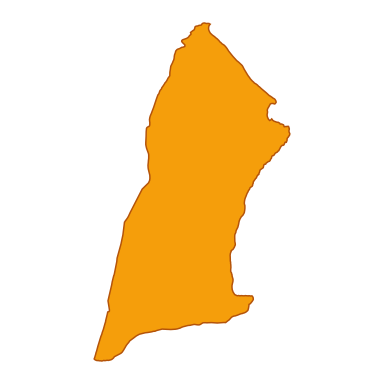 Forto, Gash Barka, Eritrea (Equal Earth projection)
{"feature_id": "51966322B10188364788737", "entity_name": "Forto", "entity_type": "district", "adm_level": 2, "iso_a3": "ERI", "parent_name": "Eritrea", "parent_adm1": "Gash Barka", "projection": "equal_earth", "projection_center": [37.054, 15.822], "detail": "fine", "context": "isolated", "style": "filled", "palette": "amber", "viewbox_px": 384, "rotation_deg": 0, "n_neighbors": 0, "source": "geoboundaries", "source_scale": "gbopen_adm2", "svg_char_len": 5967}
<svg xmlns="http://www.w3.org/2000/svg" viewBox="0 0 384 384"><path d="M288.5,126.4L287.8,126.3L286.8,126.6L286.2,126.4L284.8,126.7L284.2,126.7L283.6,125.0L283.4,124.8L281.6,124.0L280.5,124.1L280.3,124.0L279.9,123.7L279.8,123.3L279.7,123.1L278.8,122.7L278.0,122.2L277.1,122.3L273.9,121.1L272.6,120.2L272.3,119.6L271.7,118.9L270.7,120.0L269.7,120.5L268.4,119.2L267.5,117.1L267.2,116.0L267.1,114.6L267.5,112.6L267.5,111.4L267.3,110.6L267.3,110.0L267.7,108.6L268.8,106.8L270.3,104.0L271.1,103.6L273.1,103.4L274.1,103.9L274.9,103.9L275.6,103.1L276.1,102.4L276.1,101.8L275.7,100.5L275.4,100.1L275.0,99.4L274.3,98.8L272.9,98.0L272.2,97.4L271.4,96.9L270.5,96.2L269.3,95.6L266.3,92.8L261.4,88.7L259.4,86.8L258.7,86.4L257.4,85.0L255.8,83.8L254.4,83.1L253.8,82.3L252.4,81.1L250.2,78.7L249.7,77.8L248.0,75.6L244.8,70.3L244.0,68.9L242.9,66.7L242.3,65.7L241.5,64.8L240.7,64.1L238.7,62.2L236.7,60.6L232.8,56.3L228.8,51.3L226.9,48.3L226.4,47.7L225.5,46.5L224.1,45.1L222.0,43.8L220.8,42.5L220.4,42.3L219.7,41.6L218.7,40.3L218.2,39.9L217.5,39.1L215.3,37.4L214.9,36.9L212.4,35.1L210.5,33.3L209.9,32.5L208.9,30.4L208.6,29.1L208.6,28.5L208.6,27.6L209.0,25.7L210.2,24.2L209.5,23.9L209.1,23.5L208.8,23.4L208.1,23.5L207.5,23.4L206.3,23.5L204.7,23.0L203.3,23.1L202.6,23.4L201.9,24.0L201.4,24.9L200.1,25.3L199.5,25.3L198.6,25.5L197.7,26.0L196.3,26.1L195.4,26.5L195.1,26.8L194.3,29.6L194.0,29.9L192.9,30.6L190.6,32.4L190.5,32.6L191.0,33.7L191.0,34.1L190.7,34.6L189.4,35.7L189.1,36.4L188.7,36.8L187.8,37.7L186.3,38.5L182.9,39.7L182.2,40.1L181.8,40.6L181.7,41.3L182.1,42.1L182.6,42.7L184.6,44.6L184.9,45.0L184.8,46.5L183.0,47.2L181.8,47.3L179.7,48.5L177.4,49.3L176.7,49.9L175.7,51.1L175.3,52.8L174.5,54.9L174.2,57.0L174.2,57.8L173.8,59.8L173.1,61.2L172.5,62.8L170.8,66.2L170.6,67.5L170.4,69.1L169.9,72.2L169.8,75.5L169.6,76.1L168.2,77.9L166.8,80.6L165.7,82.2L164.9,83.0L164.4,84.0L163.0,86.1L162.4,86.9L161.7,87.9L161.6,88.7L160.0,90.6L159.5,91.8L159.0,93.4L158.6,94.1L157.9,94.9L156.4,99.0L153.7,107.2L152.1,111.4L151.4,113.3L150.4,115.6L149.9,117.2L149.5,119.4L149.6,121.2L149.8,122.4L149.8,124.4L149.6,125.7L149.2,126.2L148.3,126.7L147.9,126.9L147.0,127.5L146.5,128.4L146.2,131.6L146.1,136.4L145.8,142.5L145.8,144.6L146.1,146.3L146.6,148.4L148.5,153.6L148.7,154.9L148.7,158.2L148.4,160.7L148.3,162.3L148.0,165.2L148.1,167.5L148.3,169.1L149.8,175.2L149.9,177.2L149.9,178.7L149.6,180.5L148.5,182.9L142.2,189.1L130.2,212.5L128.6,216.0L127.6,217.8L126.6,219.2L126.3,219.9L125.6,220.3L125.1,221.5L124.5,222.1L122.9,235.0L122.3,237.7L121.0,244.0L117.1,258.1L116.8,261.5L114.4,273.7L114.1,274.9L113.7,275.8L112.9,279.0L112.2,281.9L111.7,284.8L108.0,300.8L109.1,307.6L109.4,309.7L109.4,311.1L108.9,311.6L108.0,311.8L107.7,312.1L107.3,314.1L105.8,320.2L105.6,321.1L105.5,322.3L105.2,322.8L103.3,329.6L102.3,332.3L101.8,334.2L100.9,336.4L100.5,337.7L97.9,346.2L96.6,351.1L96.0,352.8L95.7,354.2L95.3,355.5L94.7,357.6L94.3,358.4L94.2,359.0L94.4,359.1L94.9,359.7L96.1,360.3L96.7,360.5L97.9,360.6L98.5,360.5L99.1,360.8L99.6,360.8L100.7,360.8L101.2,361.0L102.4,360.9L104.0,360.4L104.8,360.7L106.9,360.3L107.6,360.3L108.4,360.4L110.6,359.9L111.4,359.6L112.1,359.2L113.5,358.0L114.1,357.1L114.6,356.6L120.0,353.8L121.3,353.0L122.3,352.0L122.7,351.4L123.7,349.9L126.3,345.4L127.6,343.7L128.6,342.6L129.4,341.4L129.7,340.9L136.5,335.8L139.5,334.2L145.1,332.8L147.7,332.5L151.9,331.8L153.0,331.4L155.1,331.2L156.7,330.5L162.1,329.1L170.8,329.5L175.4,329.2L177.3,328.9L180.3,328.0L181.4,327.4L182.9,326.8L187.9,325.5L190.0,325.3L193.6,324.5L194.6,324.4L197.0,324.8L199.0,324.9L200.0,324.6L201.2,323.9L202.4,323.1L203.0,322.8L205.0,322.7L206.9,322.8L211.5,322.6L217.3,323.0L224.0,322.5L225.6,322.6L228.1,320.6L228.9,320.1L229.7,319.3L230.9,317.9L231.9,317.0L232.6,316.6L233.8,316.1L235.2,315.9L237.6,315.1L240.8,313.8L242.4,313.5L243.1,313.2L244.5,312.8L245.9,312.1L247.8,310.5L248.1,309.6L248.5,308.2L248.9,305.7L249.0,304.4L250.3,303.7L251.7,302.0L252.9,300.3L253.3,299.4L253.2,298.0L253.0,297.3L252.3,296.1L251.7,295.9L250.7,296.0L248.9,295.7L248.5,295.9L247.0,295.8L245.1,295.6L244.6,295.8L242.9,295.8L241.7,295.6L241.2,295.7L240.5,295.7L239.9,295.9L238.8,295.5L237.8,295.7L237.1,295.7L234.9,294.7L234.3,294.0L233.0,291.9L232.2,289.5L232.0,287.5L232.0,285.5L232.2,284.5L232.9,281.5L233.0,280.5L233.0,279.2L232.1,276.0L232.0,274.7L231.6,273.9L231.6,273.2L230.7,271.5L230.7,271.1L230.7,269.4L230.9,267.5L230.8,264.8L230.6,263.4L230.6,262.1L230.3,261.0L230.3,259.9L230.2,256.6L230.1,255.6L230.3,253.7L231.0,251.7L231.1,251.0L231.3,251.0L231.5,250.5L232.2,249.9L233.0,249.4L233.2,249.0L233.7,248.3L234.4,247.1L234.8,246.1L234.9,245.6L235.1,245.4L235.3,244.9L235.2,243.3L234.8,241.3L234.8,240.2L234.7,237.0L234.8,234.9L234.9,234.4L235.8,232.5L236.1,230.7L237.3,228.2L237.7,227.6L238.5,224.7L239.1,221.4L239.8,219.4L241.2,216.9L242.9,215.2L243.8,213.6L244.3,212.6L244.7,210.3L244.9,208.4L244.9,205.7L244.5,204.3L244.3,203.3L244.5,201.1L244.9,199.1L245.4,197.6L245.9,196.5L247.1,193.3L247.8,192.2L248.5,190.5L248.9,190.0L249.3,189.7L250.1,187.7L252.2,186.2L252.6,185.4L252.6,184.6L252.7,184.1L253.0,183.9L253.1,183.6L253.3,182.0L254.1,180.7L255.2,179.2L255.5,178.6L256.4,177.9L256.9,176.4L257.4,175.6L257.8,175.3L258.2,174.6L258.7,174.5L258.9,174.3L258.9,173.5L259.4,172.5L260.0,170.2L260.7,169.5L263.0,167.9L263.3,167.5L263.7,165.5L264.1,164.6L264.5,164.3L265.3,164.2L265.7,164.1L266.2,163.1L268.3,161.6L269.3,161.3L269.9,160.8L270.1,160.5L270.6,159.2L271.4,158.3L271.8,156.5L272.2,155.9L272.5,155.7L273.4,155.6L273.8,155.3L274.2,154.9L275.2,153.2L277.4,152.0L277.9,151.2L278.7,150.8L281.0,146.4L282.3,145.3L283.2,145.3L283.8,145.0L284.5,143.7L284.7,143.0L285.2,142.2L285.5,142.1L285.9,142.3L286.3,142.3L286.5,141.9L287.1,140.1L287.1,139.7L287.0,139.1L287.1,138.7L287.7,137.6L288.2,137.2L289.0,135.9L289.4,135.5L289.8,134.1L289.8,133.6L289.1,132.1L289.0,131.4L289.0,130.3L289.2,129.7L289.3,129.0L289.1,128.5L289.2,128.2L288.9,127.6L288.8,127.2L288.5,126.4Z" fill="#f59e0b" stroke="#b45309" stroke-width="1.5"/></svg>